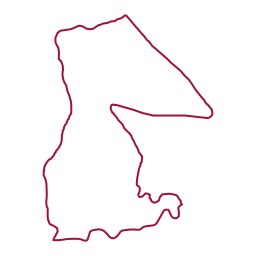 outline of San Cristóbal Acasaguastlán, El Progreso, Guatemala
{"feature_id": "79465075B13418311867324", "entity_name": "San Cristóbal Acasaguastlán", "entity_type": "district", "adm_level": 2, "iso_a3": "GTM", "parent_name": "Guatemala", "parent_adm1": "El Progreso", "projection": "mercator", "projection_center": [-89.866, 15.005], "detail": "fine", "context": "isolated", "style": "outline", "palette": "rose", "viewbox_px": 256, "rotation_deg": 0, "n_neighbors": 0, "source": "geoboundaries", "source_scale": "gbopen_adm2", "svg_char_len": 3342}
<svg xmlns="http://www.w3.org/2000/svg" viewBox="0 0 256 256"><path d="M181.9,204.5L180.7,202.5L180.7,200.8L178.9,198.8L177.9,196.8L176.5,195.3L173.6,194.4L169.6,193.8L162.2,194.4L159.9,197.1L159.0,200.3L157.2,201.7L154.6,202.7L152.5,202.0L150.9,200.2L150.9,199.2L149.5,198.1L149.8,194.7L147.0,193.5L145.6,193.4L143.7,195.2L142.8,196.2L140.7,197.0L139.4,196.9L138.5,195.8L138.3,194.5L139.6,191.3L139.9,188.3L139.1,186.8L137.0,185.2L136.7,184.2L137.1,178.8L139.0,168.8L140.5,165.1L140.6,163.1L141.7,162.0L142.1,156.3L139.1,152.5L137.0,147.1L136.1,146.1L133.8,141.1L131.9,137.8L131.3,135.6L129.4,133.3L126.5,130.6L125.6,129.6L124.3,128.3L122.6,124.6L118.7,120.5L115.8,116.3L113.8,114.2L113.6,113.3L112.4,112.8L110.5,108.4L111.4,105.2L112.5,104.6L117.2,105.2L133.0,109.7L142.5,113.0L153.0,115.5L184.6,115.5L207.0,118.0L208.3,118.0L210.4,116.8L211.6,115.8L212.5,113.7L211.8,109.7L207.6,104.4L206.9,104.3L204.1,100.4L204.1,99.7L202.9,98.9L196.8,91.3L194.8,88.5L191.6,83.5L188.7,79.5L187.5,78.3L185.0,76.0L180.4,70.7L170.9,62.6L167.4,59.0L155.0,48.2L152.2,45.9L149.6,42.2L146.9,39.9L144.5,36.7L139.3,30.8L126.4,15.7L124.8,15.4L124.1,16.1L121.1,18.3L117.3,19.3L115.0,21.1L110.6,21.5L108.2,22.7L102.3,23.8L99.9,25.0L98.6,25.1L93.3,28.7L90.6,29.2L86.0,28.6L84.2,27.1L80.8,25.9L78.7,25.8L71.2,29.1L60.2,30.8L57.6,32.9L55.4,37.9L55.5,42.3L56.4,44.4L58.3,47.8L59.0,52.8L58.8,59.2L61.2,61.3L62.7,65.7L63.1,70.4L62.6,71.2L62.5,75.0L63.2,79.2L64.2,82.0L66.2,85.4L67.4,91.0L69.3,95.6L70.8,101.0L71.2,104.0L71.3,112.2L70.8,114.1L69.4,116.2L68.6,119.1L67.9,119.5L66.2,123.8L64.8,125.3L64.1,127.1L63.5,129.7L62.7,130.8L62.5,133.2L62.1,134.5L61.6,141.2L60.7,144.1L58.4,148.3L56.0,151.1L55.7,152.4L54.8,153.0L54.0,155.0L51.3,158.5L49.0,159.6L46.3,163.0L44.4,166.7L43.5,174.8L45.3,178.9L46.4,183.1L46.8,194.9L46.2,203.1L46.9,207.0L47.7,208.3L47.7,216.7L48.1,220.1L48.9,221.2L48.8,222.2L50.1,224.2L53.8,225.9L57.0,228.1L57.7,231.4L55.2,236.1L53.8,238.5L53.6,240.1L56.8,240.2L57.7,240.2L58.9,240.1L60.4,240.0L62.0,239.8L64.1,239.5L66.2,239.2L67.2,239.0L69.2,238.9L70.7,238.9L72.3,238.8L74.0,238.8L75.6,238.8L77.1,238.8L78.1,238.9L78.8,238.9L79.8,239.0L81.5,239.5L82.7,240.0L83.5,240.4L84.5,240.6L85.7,240.6L86.6,240.4L87.2,239.9L87.7,239.2L88.3,237.4L89.9,232.4L90.1,231.8L91.2,230.9L92.4,230.4L94.0,230.0L95.3,229.8L97.3,229.5L98.4,229.4L100.0,229.5L101.6,229.8L102.6,230.2L103.5,230.7L104.4,231.4L105.6,232.5L106.5,233.3L107.4,234.3L109.2,236.5L110.0,237.3L111.2,237.9L112.3,238.2L113.1,238.3L114.0,238.2L115.1,237.6L115.9,237.1L116.8,236.4L117.3,235.9L118.1,235.0L119.2,233.6L120.1,232.3L120.9,231.5L121.7,230.8L123.1,230.4L125.5,230.1L126.5,230.0L128.7,229.7L130.0,229.5L131.0,229.5L134.1,229.5L135.2,229.5L136.6,229.7L138.8,229.8L139.7,229.6L140.5,229.1L143.0,227.3L143.8,226.9L144.6,226.6L145.2,226.4L146.6,226.2L148.3,226.0L150.4,225.7L151.2,225.6L152.2,225.4L153.2,225.4L154.1,225.2L155.1,224.5L155.7,224.1L156.7,223.1L159.7,218.0L163.8,210.7L164.7,209.9L166.1,209.6L166.7,209.6L168.1,209.8L168.8,210.4L169.3,211.5L171.0,215.4L171.6,216.4L172.0,216.9L172.7,217.5L173.7,217.9L174.4,218.1L175.0,218.2L175.9,218.4L176.9,217.9L177.6,217.4L178.3,216.9L178.7,216.3L178.9,215.6L178.9,214.8L179.0,213.5L178.7,211.1L178.5,209.4L178.4,208.7L178.4,207.9L178.6,207.3L179.0,206.7L179.4,206.2L181.2,204.9L181.9,204.5Z" fill="none" stroke="#9f1239" stroke-width="2"/></svg>